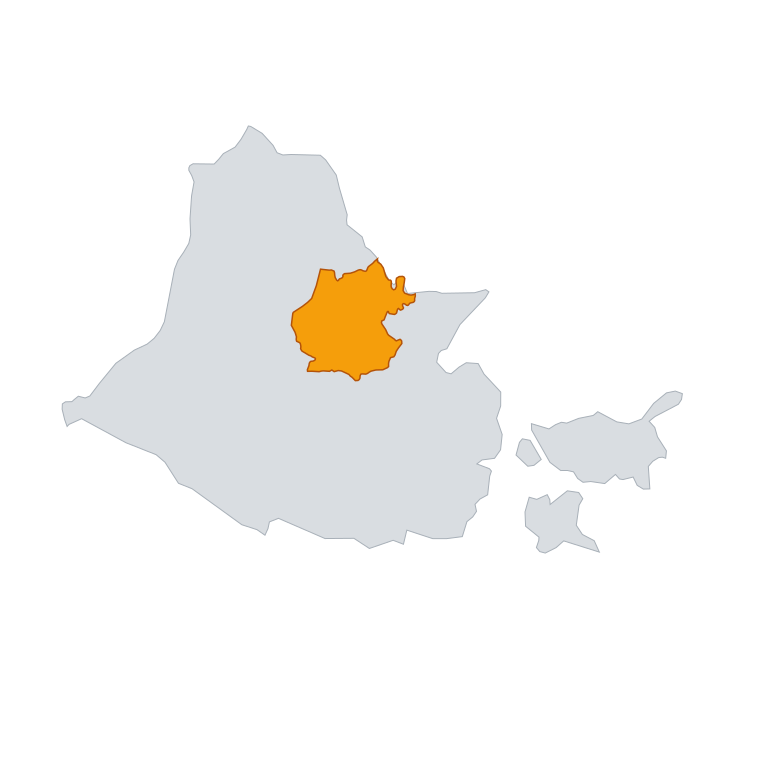 where Viljandi sits in Estonia, rotated 203°
{"feature_id": "EST-2350", "entity_name": "Viljandi", "entity_type": "County", "adm_level": 1, "iso_a3": "EST", "parent_name": "Estonia", "parent_adm1": "", "projection": "albers", "projection_center": [25.42, 58.32], "detail": "fine", "context": "in_parent", "style": "filled", "palette": "amber", "viewbox_px": 768, "rotation_deg": 203, "n_neighbors": 0, "source": "natural_earth", "source_scale": "10m", "svg_char_len": 4900}
<svg xmlns="http://www.w3.org/2000/svg" viewBox="0 0 768 768"><g transform="rotate(203 384 384)"><path d="M609.7,568.5L607.3,569.0L594.1,567.1L579.3,560.3L572.8,555.1L566.6,555.3L559.1,559.0L532.0,569.7L525.3,567.5L509.6,557.7L501.6,546.9L484.0,525.4L482.5,520.2L480.2,516.1L461.6,510.9L454.8,502.9L449.1,501.8L440.7,497.9L419.0,480.8L413.7,479.2L412.4,482.1L412.7,486.1L411.4,488.4L408.6,488.3L403.6,482.1L397.7,476.5L378.9,486.8L372.1,489.5L366.2,490.1L336.3,503.4L327.2,510.6L323.4,509.8L324.4,502.9L337.3,468.4L339.9,441.0L344.4,437.2L345.8,433.4L344.0,424.6L331.4,418.8L326.2,419.6L321.5,428.9L316.6,435.7L305.3,439.6L295.8,432.2L273.4,422.2L268.0,409.3L267.0,396.4L255.5,383.7L251.0,369.0L253.2,358.8L264.1,352.4L267.3,346.7L253.8,347.2L251.1,345.8L250.7,340.5L245.3,322.5L250.7,315.6L253.2,308.8L249.1,302.9L250.4,296.3L253.9,289.7L252.3,274.1L265.8,266.2L278.7,260.7L305.9,258.4L303.5,244.1L314.5,243.7L333.2,226.9L351.4,230.2L377.9,218.7L428.7,219.1L435.6,212.3L434.3,205.5L434.5,198.3L444.0,200.3L459.9,198.9L519.7,212.6L534.4,212.3L555.0,226.4L566.1,229.9L598.5,229.1L648.8,233.9L658.2,223.7L659.1,221.1L664.0,226.4L670.4,235.0L672.3,240.0L670.3,243.1L664.4,245.8L663.1,248.6L660.6,253.3L653.6,254.4L650.1,258.0L646.3,273.1L638.9,298.3L627.1,317.6L617.6,328.2L613.4,336.3L610.9,345.9L610.5,355.5L621.7,407.8L621.9,417.3L619.9,427.1L618.6,437.1L620.2,445.7L627.1,460.2L634.6,481.9L637.8,495.8L642.5,500.8L647.1,504.4L648.1,506.7L648.0,509.2L645.8,512.1L626.3,520.1L623.9,526.4L621.9,533.3L613.6,543.9L611.2,553.5L609.8,564.6L609.7,568.5ZM168.8,372.7L175.2,377.2L181.2,376.1L187.5,373.4L200.6,376.7L230.1,399.3L232.8,405.1L214.6,407.1L210.2,413.6L205.7,418.1L200.5,419.4L191.4,428.4L179.1,436.8L176.4,442.0L154.9,440.1L143.0,443.0L133.0,452.5L128.2,471.5L120.5,486.2L113.1,491.3L105.6,491.7L104.1,486.0L105.1,480.4L121.8,460.0L125.4,453.3L117.8,449.8L111.6,442.2L97.9,432.8L95.7,425.7L99.2,425.4L102.4,423.6L106.4,417.9L108.5,411.4L98.3,391.3L104.2,388.6L111.3,389.6L118.3,395.7L126.7,389.4L130.1,388.6L135.6,391.2L141.9,378.6L155.6,375.0L162.4,371.3L168.8,372.7ZM198.3,337.5L190.5,345.9L186.2,342.3L184.0,338.0L173.5,357.3L162.4,360.2L156.2,356.1L157.1,348.7L151.8,329.1L142.6,323.0L129.3,321.9L120.1,313.4L157.3,309.8L161.6,300.7L169.5,291.4L175.1,290.6L179.8,293.0L180.4,300.5L181.5,303.6L198.1,308.4L204.2,321.3L206.1,336.5L198.3,337.5ZM235.2,387.6L227.5,389.2L209.8,376.0L214.2,367.7L219.5,364.5L234.7,370.2L236.5,383.2L235.2,387.6Z" fill="#d9dde1" stroke="#a8b0b8" stroke-width="1"/><path d="M418.5,482.1L417.6,481.6L417.0,480.6L415.9,477.4L415.3,476.2L413.6,474.8L411.9,474.5L410.7,475.7L410.6,478.7L413.2,483.5L413.8,486.3L412.0,488.8L409.0,490.3L407.5,490.3L406.1,489.2L405.0,485.3L404.1,481.0L402.9,477.4L400.5,475.7L396.1,475.8L393.9,476.4L391.8,477.7L390.5,479.1L389.8,477.8L389.5,477.1L389.4,476.2L389.3,475.2L389.1,474.3L388.7,473.5L388.3,472.6L388.4,471.6L389.1,470.5L390.7,469.4L391.7,468.6L392.2,467.2L392.4,466.2L393.0,465.5L394.2,465.3L395.6,465.7L397.0,465.8L397.8,465.4L398.0,464.2L397.5,463.4L397.2,462.9L396.3,462.2L395.8,461.7L395.8,460.8L396.3,459.8L397.6,458.5L398.7,458.6L399.5,459.0L400.2,459.2L400.6,458.7L400.7,457.2L400.4,455.8L400.2,454.3L400.8,453.0L401.6,452.1L406.6,450.9L407.8,451.7L408.3,452.4L408.8,452.3L409.2,451.6L409.1,445.4L409.0,444.0L409.0,443.1L410.7,441.2L410.3,439.4L409.2,438.3L403.7,434.7L400.1,431.4L398.7,430.7L391.4,429.2L390.9,428.7L389.6,428.5L386.7,431.4L385.0,430.9L384.5,430.4L383.4,428.2L384.8,422.8L385.5,418.9L385.2,415.0L385.6,412.9L388.3,410.8L388.3,406.6L387.8,404.6L386.8,402.3L386.6,401.8L387.3,400.3L390.7,396.6L397.0,393.7L400.9,390.8L402.1,389.3L403.3,387.3L404.6,386.0L408.2,384.7L409.2,383.9L409.2,382.1L408.7,380.8L408.4,379.6L408.6,378.3L409.3,377.1L411.7,375.9L416.0,377.7L418.1,378.1L420.0,379.1L428.2,379.4L431.4,378.5L434.7,375.9L437.5,376.5L439.1,374.4L445.1,372.3L446.7,371.4L448.5,370.0L455.3,367.6L459.3,365.8L460.1,367.1L460.3,371.6L460.9,374.0L460.7,375.4L460.2,376.3L458.5,377.2L457.6,378.0L456.8,379.4L457.0,380.5L457.8,381.0L460.6,380.9L462.6,381.3L464.1,381.1L472.2,382.2L473.4,382.9L474.6,384.0L474.9,385.3L475.4,386.4L476.1,387.5L477.1,388.8L478.2,389.1L481.1,389.2L482.0,390.3L482.6,391.8L483.0,393.2L486.0,396.8L492.2,401.8L495.5,413.2L495.5,414.5L489.4,423.6L486.2,429.3L484.0,434.5L484.7,448.0L487.3,464.9L478.9,467.4L477.0,468.4L474.1,468.4L473.0,467.1L471.8,464.8L470.5,462.9L468.1,461.1L466.9,460.9L466.4,461.7L466.3,462.5L466.1,463.3L464.8,464.5L464.1,465.3L463.8,466.4L463.9,467.2L464.4,468.1L464.0,469.3L463.4,470.2L458.3,472.8L454.9,475.7L452.2,478.8L450.7,479.9L449.1,480.2L447.7,480.0L445.3,480.4L444.4,481.3L444.3,482.7L444.4,484.4L444.2,486.0L441.9,490.0L441.2,491.5L440.7,493.2L438.9,496.6L438.7,495.6L437.9,494.3L437.0,493.7L433.7,493.0L430.0,490.6L426.5,486.3L424.3,483.7L420.6,481.6L419.6,481.7L419.0,482.0L418.5,482.1Z" fill="#f59e0b" stroke="#b45309" stroke-width="1.5"/></g></svg>